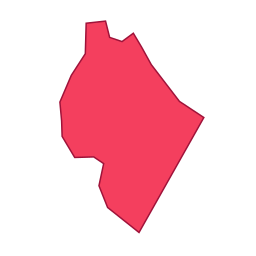 SVG path tracing the border of Qrendi, rotated 282°
{"feature_id": "MLT-5972", "entity_name": "Qrendi", "entity_type": "state/province", "adm_level": 1, "iso_a3": "MLT", "parent_name": "Malta", "parent_adm1": "", "projection": "mercator", "projection_center": [14.452, 35.828], "detail": "fine", "context": "isolated", "style": "filled", "palette": "rose", "viewbox_px": 256, "rotation_deg": 282, "n_neighbors": 0, "source": "natural_earth", "source_scale": "10m", "svg_char_len": 408}
<svg xmlns="http://www.w3.org/2000/svg" viewBox="0 0 256 256"><g transform="rotate(282 128 128)"><path d="M154.0,200.0L28.1,160.5L46.0,124.6L65.5,111.6L88.1,111.6L92.6,100.5L88.1,82.0L106.1,65.3L121.1,61.6L139.2,56.0L167.7,61.6L191.8,70.8L221.8,65.3L227.9,83.8L212.8,91.2L211.3,104.2L221.8,113.5L209.8,124.6L194.8,137.6L164.7,172.8L154.0,200.0Z" fill="#f43f5e" stroke="#9f1239" stroke-width="1.5"/></g></svg>